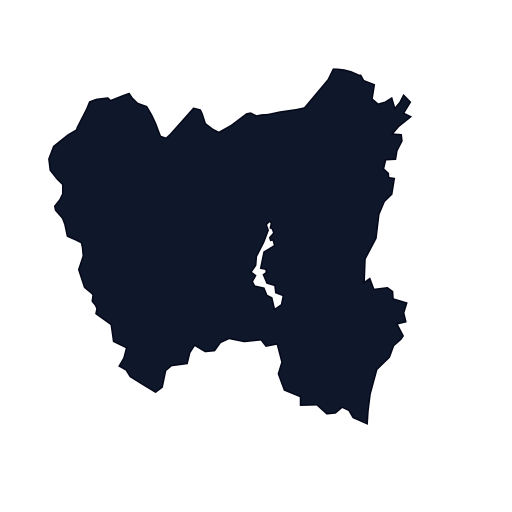 outline of Sariasiya, Surkhandarya, Uzbekistan, rotated 257°
{"feature_id": "79887680B82153546012261", "entity_name": "Sariasiya", "entity_type": "district", "adm_level": 2, "iso_a3": "UZB", "parent_name": "Uzbekistan", "parent_adm1": "Surkhandarya", "projection": "albers", "projection_center": [67.81, 38.69], "detail": "fine", "context": "isolated", "style": "filled", "palette": "ink", "viewbox_px": 512, "rotation_deg": 257, "n_neighbors": 0, "source": "geoboundaries", "source_scale": "gbopen_adm2", "svg_char_len": 2329}
<svg xmlns="http://www.w3.org/2000/svg" viewBox="0 0 512 512"><g transform="rotate(257 256 256)"><path d="M67.5,326.6L79.6,330.2L95.7,336.1L118.3,348.2L127.4,363.2L137.7,369.9L142.2,378.3L145.0,381.4L158.1,378.0L158.2,387.2L167.4,387.1L176.3,392.3L183.4,379.9L190.6,381.1L195.5,376.9L196.9,363.3L208.4,361.8L205.8,355.4L228.6,361.6L246.3,376.9L269.0,385.1L280.3,393.3L285.7,402.2L300.4,408.2L302.5,402.9L306.8,403.5L312.2,399.8L320.6,404.0L318.9,413.7L326.9,417.0L335.3,424.1L341.5,424.8L344.2,416.1L350.2,424.2L356.9,438.1L361.9,431.9L371.2,441.0L379.5,436.0L373.4,430.9L368.4,424.4L379.4,423.8L376.8,416.4L376.5,409.1L382.9,404.4L396.2,409.8L402.7,400.3L408.5,398.7L408.9,397.0L414.2,389.9L417.4,383.7L419.6,377.5L420.7,373.4L411.6,366.0L400.5,351.3L389.4,336.6L389.5,328.4L390.9,311.8L391.1,299.4L392.2,293.2L392.3,288.0L396.5,282.9L396.6,278.8L388.7,261.1L384.8,247.6L389.0,242.5L396.3,236.4L406.6,235.5L410.8,234.6L414.0,228.4L393.9,200.1L390.9,194.9L394.1,189.8L400.3,188.9L407.5,188.0L416.8,186.0L426.1,183.1L431.4,174.9L437.7,170.9L442.9,168.9L442.0,161.7L440.1,149.2L443.3,147.2L444.5,135.8L444.2,133.4L443.6,128.6L437.5,124.3L421.2,110.6L419.2,109.5L416.3,100.2L408.3,83.5L397.1,76.0L385.8,74.8L375.4,79.8L369.1,83.8L359.9,81.6L354.8,77.4L349.8,71.1L345.7,71.0L336.3,76.0L330.1,76.9L317.7,76.7L312.4,83.8L308.2,88.9L303.1,88.8L294.9,87.7L282.6,80.2L264.0,81.9L259.3,85.5L256.7,87.5L254.6,88.5L249.0,86.3L247.5,86.8L244.8,88.3L240.7,89.3L235.8,87.1L221.7,99.5L204.8,98.0L195.7,109.3L186.2,104.3L179.5,97.9L174.2,103.8L166.8,106.3L157.3,115.8L145.9,127.5L149.3,135.1L164.7,142.2L168.2,148.9L166.7,164.7L176.7,169.7L182.9,176.1L174.3,185.0L173.1,194.3L179.7,201.8L181.7,211.2L175.3,225.2L173.2,242.1L165.9,245.5L165.5,256.9L146.7,257.4L136.2,251.3L119.0,253.5L108.9,267.7L100.6,265.8L97.3,281.9L86.3,289.5L85.2,298.0L89.3,305.9L84.7,311.8L76.7,314.3L67.5,326.6ZM231.9,246.6L237.0,251.2L241.4,247.5L247.0,253.6L255.5,256.3L267.6,266.5L278.4,273.7L284.2,273.0L286.9,277.0L284.5,278.4L280.2,276.3L278.7,278.1L274.4,278.5L270.8,273.5L267.9,273.8L267.8,276.3L262.0,276.5L258.1,264.7L243.0,257.8L240.9,262.6L237.6,262.5L236.2,259.0L227.1,260.6L223.0,267.8L215.8,267.0L211.3,273.7L202.8,269.9L199.7,262.0L211.7,262.0L215.2,257.7L222.9,256.5L227.0,247.9L231.9,246.6Z" fill="#0f172a" stroke="#020617" stroke-width="1.5"/></g></svg>